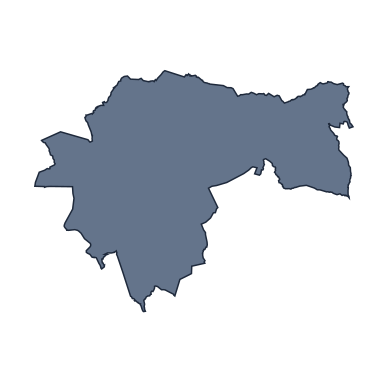 outline of Chapantongo, Hidalgo, Mexico, rotated 6°
{"feature_id": "50627088B87076306063462", "entity_name": "Chapantongo", "entity_type": "district", "adm_level": 2, "iso_a3": "MEX", "parent_name": "Mexico", "parent_adm1": "Hidalgo", "projection": "mercator", "projection_center": [-99.438, 20.245], "detail": "fine", "context": "isolated", "style": "filled", "palette": "slate", "viewbox_px": 384, "rotation_deg": 6, "n_neighbors": 0, "source": "geoboundaries", "source_scale": "gbopen_adm2", "svg_char_len": 5929}
<svg xmlns="http://www.w3.org/2000/svg" viewBox="0 0 384 384"><g transform="rotate(6 192 192)"><path d="M141.8,302.1L142.8,302.5L143.8,304.2L145.1,304.1L145.7,304.5L147.0,305.8L146.2,306.1L146.5,306.4L147.5,306.1L149.6,307.7L150.0,307.5L150.8,308.3L152.5,308.7L152.3,309.4L153.1,310.3L154.9,314.4L155.9,315.8L156.3,316.0L158.1,315.5L156.9,313.2L157.0,312.5L156.4,311.0L156.6,308.5L155.3,304.7L156.1,304.0L156.2,303.4L156.8,303.2L157.5,301.1L159.1,299.9L160.1,299.9L160.9,299.5L161.3,298.3L162.1,297.9L161.6,296.5L161.9,295.5L162.5,294.8L163.5,295.1L164.3,293.4L164.8,291.3L164.6,289.7L165.7,289.3L167.6,289.6L171.9,292.4L173.9,292.1L175.5,292.2L184.3,295.6L184.7,296.5L185.8,297.2L189.1,280.2L200.0,273.2L199.5,265.8L212.2,261.5L211.4,260.3L212.1,259.0L210.0,256.4L209.1,253.4L209.2,252.3L208.8,251.9L209.4,249.9L209.2,249.2L209.9,248.5L209.8,247.9L210.8,247.7L211.6,245.4L212.4,245.3L212.7,243.0L212.2,240.2L209.9,233.1L209.6,230.9L207.5,228.5L204.6,223.0L208.8,220.6L213.2,215.8L215.3,210.8L215.7,210.4L217.4,210.1L218.2,206.1L219.3,204.8L208.0,186.5L211.2,184.2L215.7,183.0L225.6,178.9L241.5,168.3L246.1,164.3L248.4,161.6L249.8,160.6L254.1,161.1L252.4,167.4L257.3,168.2L258.5,166.7L258.8,162.7L260.1,162.7L260.5,161.9L260.6,161.4L260.0,160.4L261.1,156.9L260.4,156.0L260.4,154.6L259.6,152.7L260.0,152.1L261.8,151.2L266.2,153.3L268.8,155.2L269.3,157.4L271.0,158.4L272.2,158.5L272.7,159.4L272.4,160.5L272.9,161.6L272.0,163.8L273.0,164.5L273.6,165.9L274.7,166.5L275.7,167.9L276.4,167.7L277.1,169.0L277.6,169.4L277.9,170.5L276.9,171.5L277.6,173.6L279.1,173.8L280.3,174.9L281.1,175.0L281.4,176.7L282.0,176.9L282.0,177.5L282.8,178.5L284.7,179.0L288.3,178.5L290.1,178.8L290.8,178.0L292.7,177.5L293.4,176.8L294.7,176.6L298.5,174.9L305.1,173.4L313.4,175.3L316.3,176.7L319.1,176.5L325.9,177.8L327.2,177.5L328.5,177.9L329.5,177.4L330.0,177.7L331.3,177.6L332.6,178.5L336.5,179.5L339.4,178.3L341.6,179.7L342.7,179.2L343.7,179.2L344.6,179.8L345.0,179.2L346.0,179.3L346.3,179.8L347.6,180.1L348.9,181.4L348.6,180.2L347.5,178.3L347.0,174.0L347.0,171.3L346.5,171.1L346.8,169.3L346.5,168.7L347.1,168.0L347.4,166.7L348.1,165.4L347.7,164.4L347.8,162.7L348.3,161.4L348.1,160.1L348.6,159.1L348.0,158.5L348.3,157.5L347.5,154.9L346.9,151.2L345.0,149.0L344.4,146.0L342.6,142.1L339.1,139.6L333.8,135.0L333.3,133.6L333.4,131.7L332.9,130.2L333.2,128.6L332.8,126.6L331.8,125.5L330.6,124.9L330.4,124.2L330.4,122.9L330.9,121.7L330.3,121.1L329.3,121.1L327.8,120.5L326.9,119.0L323.4,115.9L322.8,114.4L321.5,112.8L322.1,111.3L321.0,110.5L320.8,109.8L321.5,109.6L322.5,111.0L327.2,112.4L332.0,112.5L332.0,108.2L335.3,108.5L335.8,106.1L336.6,105.8L338.5,106.0L339.2,106.5L340.5,109.7L341.8,112.0L345.3,110.3L343.5,108.1L341.8,106.8L341.0,103.9L340.3,103.5L339.9,102.3L339.2,101.8L339.2,100.6L338.5,100.0L337.7,97.9L337.5,95.9L335.9,94.8L335.7,94.2L334.6,93.4L333.5,91.8L333.9,89.7L333.1,89.6L333.1,89.1L334.0,89.0L334.3,88.2L336.2,86.2L336.9,84.9L336.3,82.6L336.9,82.0L337.1,79.3L337.7,78.3L337.8,77.1L336.5,75.6L336.4,74.6L335.9,74.0L335.8,72.7L336.8,70.9L334.1,71.2L333.1,70.3L331.5,69.8L331.3,68.4L330.3,68.0L325.2,70.0L321.5,69.4L318.7,68.1L317.6,68.4L315.9,68.0L315.5,68.1L315.4,69.1L314.8,69.5L311.4,70.7L310.2,70.7L308.1,69.8L306.1,71.6L305.6,72.6L305.7,72.9L304.1,73.9L302.8,75.6L301.8,75.7L301.5,76.3L299.4,77.4L296.0,78.0L294.4,82.3L293.8,82.7L294.0,83.4L292.0,84.0L291.5,84.7L289.8,85.8L289.7,85.5L287.5,85.8L286.4,86.9L286.6,87.1L284.3,89.1L282.7,89.8L282.6,89.5L281.5,89.8L280.0,91.4L279.0,91.6L278.3,92.2L274.6,93.9L272.6,92.1L271.8,91.8L268.7,87.3L266.6,86.9L263.7,88.7L257.9,85.9L255.9,88.2L254.4,88.0L253.3,86.7L252.8,86.6L252.3,87.0L248.2,87.2L246.0,88.5L243.1,87.3L240.5,86.7L238.1,88.7L236.0,88.8L231.8,90.0L230.2,90.1L229.1,91.3L227.4,92.0L222.0,84.9L220.0,84.2L216.0,84.5L212.1,82.9L198.3,82.8L197.6,82.4L196.8,82.5L196.0,82.1L192.8,81.8L191.5,81.0L190.9,80.0L190.7,80.2L186.9,77.6L185.9,77.1L185.5,77.5L184.3,77.2L184.2,76.3L183.1,75.6L179.2,76.8L179.2,76.4L177.8,76.6L177.9,75.9L177.5,75.4L176.7,75.5L176.2,75.0L175.8,76.0L175.4,76.3L175.0,76.1L174.8,76.6L173.8,76.0L172.4,78.4L152.3,74.2L150.8,75.5L149.0,78.5L145.9,82.5L144.8,84.8L143.8,84.1L142.8,86.2L141.7,85.5L139.0,86.1L138.6,86.7L137.8,86.5L137.4,86.9L131.9,86.3L129.5,84.3L127.2,85.7L119.1,86.2L115.7,83.4L112.5,84.2L110.0,86.2L109.4,87.9L109.5,89.0L107.6,89.8L106.2,93.7L105.0,94.7L104.3,96.1L103.9,95.8L103.1,96.6L103.6,96.8L103.0,98.2L101.1,101.6L101.2,103.0L100.8,104.8L99.3,106.6L98.8,108.9L99.0,109.5L97.7,111.9L95.5,112.1L95.3,111.4L93.7,112.3L95.1,115.1L92.5,115.3L89.6,116.7L89.7,117.1L88.7,118.2L88.5,117.4L88.0,117.8L87.4,118.7L87.0,120.9L85.9,121.3L85.5,121.7L85.4,122.4L86.0,123.3L84.8,124.7L84.6,124.2L79.3,126.6L78.6,126.5L78.6,128.2L77.7,129.0L78.2,130.4L79.2,132.4L81.0,133.9L81.7,135.8L85.4,142.7L86.4,145.8L86.5,145.6L87.0,146.1L87.0,149.2L87.6,151.7L85.5,153.0L85.0,152.9L83.1,150.9L55.0,145.9L37.0,156.4L38.1,157.5L39.8,158.4L41.0,158.4L41.8,159.8L45.2,163.6L45.7,164.7L45.6,166.0L46.5,167.4L47.3,169.8L49.7,170.8L50.3,173.3L51.6,174.5L51.9,177.0L52.9,178.2L52.4,179.4L48.1,182.1L48.2,183.7L47.3,184.0L45.6,183.8L43.1,185.8L38.0,188.3L35.3,198.7L35.1,202.7L44.8,202.0L44.9,202.7L46.9,201.8L50.2,201.3L72.6,199.2L73.8,206.1L75.3,210.6L75.1,221.5L69.0,236.0L68.4,238.5L68.6,239.8L70.4,241.8L71.3,242.3L71.4,243.1L73.3,243.0L79.4,241.7L82.2,242.1L83.4,242.7L86.0,244.6L90.0,249.7L96.3,253.8L96.8,255.0L96.8,256.2L96.3,257.3L93.0,261.4L93.2,263.0L94.5,263.8L97.1,264.7L99.3,267.2L100.5,267.4L101.3,267.1L101.6,267.5L102.6,267.2L103.7,267.4L106.9,272.7L108.4,274.6L109.6,277.5L110.2,278.0L112.6,275.6L112.6,274.1L112.4,274.3L110.8,271.8L110.2,271.8L109.3,268.2L109.8,267.8L110.4,268.0L110.9,265.9L111.8,265.4L112.6,263.9L114.0,263.1L111.7,263.1L114.4,261.4L118.1,261.1L121.0,260.2L121.0,259.8L121.9,259.5L122.8,258.5L123.5,260.1L122.9,260.3L123.5,260.2L123.6,262.2L124.3,263.1L131.5,278.8L141.8,302.1Z" fill="#64748b" stroke="#1e293b" stroke-width="1.5"/></g></svg>